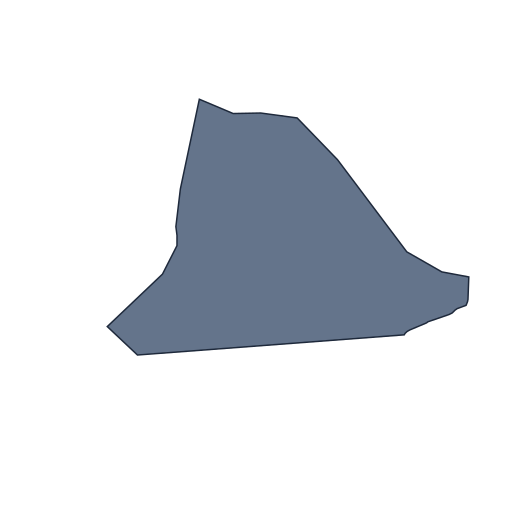 outline of Saint Peter, rotated 145°
{"feature_id": "DMA-1441", "entity_name": "Saint Peter", "entity_type": "Parish", "adm_level": 1, "iso_a3": "DMA", "parent_name": "Dominica", "parent_adm1": "", "projection": "robinson", "projection_center": [-61.46, 15.5], "detail": "fine", "context": "isolated", "style": "filled", "palette": "slate", "viewbox_px": 512, "rotation_deg": 145, "n_neighbors": 0, "source": "natural_earth", "source_scale": "10m", "svg_char_len": 511}
<svg xmlns="http://www.w3.org/2000/svg" viewBox="0 0 512 512"><g transform="rotate(145 256 256)"><path d="M212.5,416.9L193.0,385.8L170.1,370.4L143.1,345.5L134.0,288.1L130.1,172.9L112.9,136.4L93.7,116.8L107.3,98.8L109.0,97.2L112.2,95.1L121.4,97.5L124.0,97.5L127.9,96.8L131.3,97.3L152.9,103.5L154.7,103.4L172.4,107.2L175.6,107.5L178.3,107.1L179.8,106.4L409.9,242.9L418.3,283.5L343.0,294.8L314.8,309.8L308.9,318.2L304.8,326.0L279.5,354.3L212.5,416.9Z" fill="#64748b" stroke="#1e293b" stroke-width="1.5"/></g></svg>